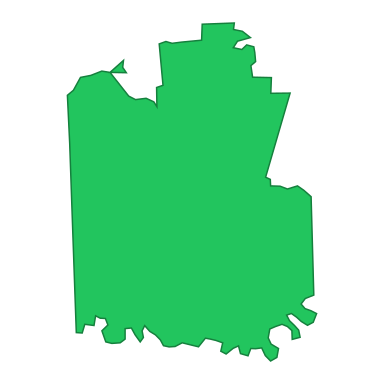 the district of Gaurama, Rio Grande do Sul, Brazil
{"feature_id": "56859067B15620852620787", "entity_name": "Gaurama", "entity_type": "district", "adm_level": 2, "iso_a3": "BRA", "parent_name": "Brazil", "parent_adm1": "Rio Grande do Sul", "projection": "robinson", "projection_center": [-52.104, -27.593], "detail": "fine", "context": "isolated", "style": "filled", "palette": "green", "viewbox_px": 384, "rotation_deg": 0, "n_neighbors": 0, "source": "geoboundaries", "source_scale": "gbopen_adm2", "svg_char_len": 1536}
<svg xmlns="http://www.w3.org/2000/svg" viewBox="0 0 384 384"><path d="M313.8,295.1L311.1,196.7L303.7,190.2L297.5,185.9L287.4,189.0L280.1,186.2L270.6,185.9L270.3,179.4L265.6,177.2L290.1,93.1L270.8,93.3L271.4,77.6L252.6,77.2L250.9,65.6L255.6,61.6L254.8,52.6L253.8,46.8L246.7,44.9L241.9,49.5L233.3,47.7L237.5,41.2L250.4,37.6L242.4,31.3L233.5,29.5L234.3,23.0L202.2,24.2L201.6,40.2L181.6,42.1L172.1,43.3L165.9,41.5L159.2,43.9L163.0,85.3L156.6,87.5L156.9,106.7L153.8,101.8L146.1,98.3L135.5,99.6L128.7,96.1L110.0,72.4L101.8,71.1L90.8,75.4L80.5,77.4L73.4,90.3L67.4,95.3L69.7,143.6L72.9,235.7L76.3,332.6L82.2,333.0L84.8,324.3L94.0,325.5L95.6,315.8L100.2,318.2L105.4,318.5L107.9,325.0L101.9,330.8L105.8,341.9L111.8,343.4L120.2,342.8L125.1,339.1L125.1,328.6L131.4,328.0L135.1,334.8L140.2,341.9L143.4,337.5L142.1,330.8L144.7,325.6L149.8,331.4L155.5,334.9L160.3,339.8L163.5,345.7L169.1,346.9L175.1,346.5L182.2,342.8L191.1,345.0L198.5,346.8L205.4,338.2L210.4,339.1L215.8,340.4L222.7,342.8L220.8,351.2L226.1,354.0L233.2,348.3L238.5,345.9L240.5,353.6L248.0,355.8L250.8,348.5L255.6,348.7L261.7,347.9L265.3,355.6L270.6,361.0L276.9,357.4L278.5,348.5L271.1,344.1L268.2,337.9L269.8,329.0L275.6,326.5L282.0,324.3L287.4,326.5L291.9,330.6L292.2,339.4L300.1,337.3L298.7,330.2L294.5,325.5L289.5,320.7L286.6,315.1L291.4,313.5L296.6,317.2L301.3,321.5L307.5,325.3L313.2,322.3L316.6,313.6L310.9,310.7L305.0,308.6L301.1,304.0L305.3,298.5L313.8,295.1ZM110.0,72.4L126.3,72.7L122.7,67.4L123.5,60.4L110.0,72.4Z" fill="#22c55e" stroke="#15803d" stroke-width="1.5"/></svg>